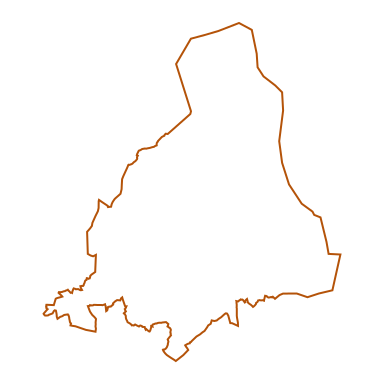 the district of Orumba North, Anambra, Nigeria
{"feature_id": "59680162B54356159238049", "entity_name": "Orumba North", "entity_type": "district", "adm_level": 2, "iso_a3": "NGA", "parent_name": "Nigeria", "parent_adm1": "Anambra", "projection": "natural_earth1", "projection_center": [7.117, 6.122], "detail": "fine", "context": "isolated", "style": "outline", "palette": "amber", "viewbox_px": 384, "rotation_deg": 0, "n_neighbors": 0, "source": "geoboundaries", "source_scale": "gbopen_adm2", "svg_char_len": 5896}
<svg xmlns="http://www.w3.org/2000/svg" viewBox="0 0 384 384"><path d="M190.9,38.7L176.1,64.0L191.0,111.3L190.3,114.0L167.7,134.0L165.7,133.7L164.6,134.9L164.3,135.8L163.7,136.0L161.8,137.0L158.0,141.0L157.9,141.6L157.4,142.0L156.8,143.0L156.6,144.5L156.7,145.4L154.9,146.1L154.0,146.8L152.1,147.2L149.9,147.9L147.7,148.3L146.1,148.7L144.9,148.5L144.4,148.7L143.9,148.7L142.2,149.0L140.8,149.9L140.3,150.2L140.0,150.3L139.5,150.4L139.3,150.4L138.9,150.8L138.6,151.0L138.3,151.6L137.9,152.5L137.6,153.1L137.4,153.5L137.1,154.1L136.8,155.3L137.8,155.7L137.6,156.1L137.3,156.6L137.1,156.9L137.0,157.6L137.1,157.9L137.2,158.6L137.0,159.2L136.2,160.2L135.8,160.7L134.9,161.5L134.2,161.9L133.4,162.6L132.5,163.6L132.0,163.9L131.2,164.3L130.6,164.4L129.6,164.9L129.2,164.9L128.7,164.7L128.2,165.1L127.8,166.3L126.9,168.4L123.3,176.2L122.1,179.2L121.8,184.6L121.6,189.2L120.5,193.8L115.6,198.1L114.6,199.1L113.3,201.0L112.5,202.3L111.6,204.4L111.1,206.7L110.0,206.8L108.5,207.0L108.0,207.1L107.8,206.7L107.9,206.4L107.8,205.9L101.8,201.9L99.0,199.9L98.7,201.1L98.6,208.0L97.9,211.2L95.5,216.0L92.4,222.9L91.9,225.9L90.1,228.4L87.1,231.8L87.8,253.9L90.6,255.5L93.1,256.3L95.9,254.9L95.2,272.0L91.5,274.6L90.3,275.8L90.3,276.3L90.1,276.9L90.0,277.6L89.7,278.3L89.4,278.3L89.1,278.4L88.6,278.8L88.2,278.7L87.9,278.6L87.1,278.1L86.8,278.1L86.6,279.1L86.5,279.9L86.1,280.1L85.6,280.3L85.3,280.7L85.1,280.9L85.0,281.2L84.8,281.8L84.8,282.0L84.6,282.6L84.4,283.2L83.9,284.1L83.7,284.9L83.6,285.4L83.0,286.0L82.3,285.9L81.9,285.9L80.4,286.2L80.9,288.0L82.0,290.0L81.1,290.2L80.4,290.2L80.1,290.1L79.2,289.6L78.3,289.1L77.9,289.1L76.9,289.1L75.9,289.3L75.3,288.9L73.7,288.4L73.2,289.3L72.7,290.7L72.4,291.4L72.1,292.9L71.6,292.6L70.6,292.8L69.4,291.4L68.5,290.6L67.9,289.8L67.6,290.1L67.2,290.1L65.5,290.7L65.0,291.1L63.4,291.4L62.3,291.9L60.5,292.2L59.7,292.1L58.9,292.1L58.6,292.9L61.6,295.7L62.3,296.6L60.7,297.1L57.3,298.0L56.1,298.5L55.7,298.8L53.8,305.1L47.3,304.8L46.9,304.8L46.4,304.8L46.1,306.8L46.6,307.1L46.4,308.2L46.6,308.6L47.6,309.2L46.3,310.6L44.9,312.2L43.6,313.7L43.9,314.4L45.0,315.5L47.1,315.5L48.0,315.4L48.6,315.1L49.0,314.7L50.5,314.2L52.6,313.4L52.9,312.8L53.9,311.0L54.7,310.3L55.9,310.6L56.3,312.5L56.6,314.2L56.8,316.8L57.5,318.8L58.6,318.1L59.4,317.4L60.6,316.7L61.4,316.5L62.2,316.2L62.9,315.8L63.5,315.3L64.4,314.9L65.8,314.7L67.8,314.4L68.0,314.9L68.5,315.2L69.1,317.1L69.3,318.8L69.7,320.6L69.8,321.1L69.9,321.9L70.3,322.8L71.0,323.4L70.5,325.4L72.3,325.8L75.5,326.3L76.4,326.6L78.7,327.4L86.0,329.9L89.3,330.5L95.5,331.7L95.6,330.8L95.8,329.7L95.9,328.4L95.6,327.1L95.5,326.3L95.7,324.4L95.6,322.3L96.0,319.0L95.3,318.0L94.2,316.8L92.2,314.9L90.0,311.6L87.9,306.1L89.6,305.8L90.0,305.1L91.1,305.5L91.6,305.3L92.7,305.4L93.1,305.3L93.7,304.9L95.5,304.9L97.5,305.0L101.4,305.0L102.4,305.2L104.3,304.6L105.0,304.3L105.1,304.9L105.6,305.9L106.2,311.1L107.2,310.4L107.7,308.5L107.6,307.5L107.9,307.1L108.6,307.1L109.1,306.6L110.8,306.6L111.6,305.6L112.0,305.6L113.2,304.5L113.0,303.4L115.2,301.3L117.1,300.1L120.3,300.4L121.0,298.4L122.2,297.4L122.8,299.5L125.0,306.0L125.5,306.2L125.9,306.3L126.4,306.3L126.0,307.1L126.0,307.5L125.9,307.7L125.6,307.8L125.3,308.3L125.3,308.7L124.8,309.1L124.9,309.3L124.9,309.5L125.2,310.3L125.3,310.6L125.8,311.2L125.9,311.4L123.8,313.3L124.0,313.6L124.8,314.0L125.0,314.4L125.8,315.9L125.8,317.0L125.9,318.0L126.3,319.4L127.0,320.6L127.6,322.2L129.8,323.4L131.2,324.5L131.8,325.4L132.9,325.2L133.8,325.5L135.1,324.5L136.9,325.5L139.0,326.5L140.2,325.5L141.8,326.0L142.4,326.9L144.7,327.0L145.1,328.5L145.7,329.7L146.3,329.1L147.1,329.9L148.2,330.8L149.2,331.5L149.6,331.5L150.2,330.6L150.7,329.0L150.8,328.5L151.0,328.0L151.2,327.5L151.2,325.9L151.5,325.9L152.5,326.4L152.3,325.2L153.1,324.3L154.2,324.1L155.1,323.6L155.4,323.5L155.9,323.5L156.4,323.4L156.7,323.5L158.0,322.9L159.6,322.7L161.3,322.8L162.2,322.5L166.0,322.1L168.3,324.0L168.2,324.6L168.0,325.3L167.5,326.5L168.4,327.0L169.4,327.8L170.0,328.1L170.6,329.1L170.8,329.6L170.8,330.2L170.3,332.3L170.7,333.1L170.7,333.6L170.5,334.0L171.0,335.3L169.5,337.1L167.7,339.4L168.1,340.6L168.4,341.5L168.2,342.5L167.9,343.4L167.8,344.8L166.8,347.3L165.8,348.6L164.5,349.5L163.2,349.5L162.9,349.8L163.5,351.1L164.2,352.1L165.3,353.5L166.8,355.0L168.7,356.3L171.4,358.1L173.8,359.6L175.1,360.5L175.8,361.0L183.3,355.1L188.2,350.0L187.2,348.2L186.4,347.2L185.9,346.5L185.2,345.3L187.6,343.9L188.6,343.6L189.8,343.3L189.8,342.9L190.1,342.2L191.0,342.0L191.7,341.1L194.2,338.7L196.5,336.5L200.0,334.4L202.5,332.3L204.5,331.0L207.1,327.3L208.2,325.4L210.7,323.8L211.7,320.4L214.3,321.0L216.7,320.5L218.6,318.9L221.2,317.2L223.7,314.9L225.0,313.8L225.9,313.3L227.1,313.6L228.3,315.7L230.3,323.1L232.1,323.2L238.0,325.9L237.9,322.6L237.0,317.6L236.8,315.8L236.8,308.4L236.6,307.4L236.7,306.4L236.7,304.2L236.5,303.1L236.5,301.5L236.4,301.1L237.5,301.3L238.0,301.5L239.0,300.7L239.5,300.2L240.0,300.1L240.7,299.4L241.4,299.7L242.1,299.5L242.8,299.8L244.8,302.5L245.3,302.1L245.0,301.4L245.6,300.3L246.3,299.6L247.0,299.0L247.7,301.4L247.8,302.4L249.1,303.6L251.0,304.9L252.4,306.2L253.0,306.9L254.0,306.2L254.8,305.4L255.9,304.1L256.1,303.4L256.0,303.1L256.5,302.6L257.0,302.3L257.5,301.9L258.2,300.4L258.8,300.4L259.5,300.1L261.0,300.4L263.0,300.2L263.4,300.5L264.0,300.7L264.1,299.9L264.6,297.9L264.7,297.4L265.1,295.8L265.8,296.0L266.0,295.9L266.7,296.2L266.8,296.5L267.3,296.7L267.5,296.9L267.9,297.3L268.5,297.5L268.8,297.6L269.5,297.4L270.3,297.3L271.0,297.0L272.0,297.1L272.1,297.4L272.4,297.4L272.9,296.8L275.0,298.8L279.5,295.1L280.4,294.7L283.0,293.6L296.7,293.5L307.5,297.2L318.9,293.5L332.4,290.3L340.4,254.5L328.6,253.9L326.5,241.9L320.5,217.4L314.2,214.9L312.5,211.6L301.7,203.7L289.0,184.4L282.1,162.8L279.2,141.2L283.1,110.5L282.1,92.3L275.3,85.5L263.5,76.4L257.6,67.3L256.7,53.7L251.8,29.9L239.0,23.0L218.4,31.0L204.7,35.0L190.9,38.7Z" fill="none" stroke="#b45309" stroke-width="2"/></svg>